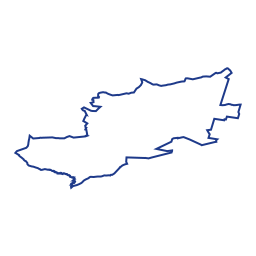 Jērcēnu pag., Strencu, Latvia (Natural Earth projection)
{"feature_id": "27541924B36272481510247", "entity_name": "Jērcēnu pag.", "entity_type": "district", "adm_level": 2, "iso_a3": "LVA", "parent_name": "Latvia", "parent_adm1": "Strencu", "projection": "natural_earth1", "projection_center": [25.654, 57.674], "detail": "fine", "context": "isolated", "style": "outline", "palette": "blue", "viewbox_px": 256, "rotation_deg": 0, "n_neighbors": 0, "source": "geoboundaries", "source_scale": "gbopen_adm2", "svg_char_len": 5207}
<svg xmlns="http://www.w3.org/2000/svg" viewBox="0 0 256 256"><path d="M141.1,79.1L142.2,82.1L142.2,82.6L141.5,83.9L140.9,85.1L139.0,87.0L137.8,87.8L136.5,88.6L133.9,92.5L131.3,92.7L128.7,93.7L126.5,93.3L119.6,94.9L118.3,95.1L117.9,94.9L112.7,95.4L111.3,95.0L108.3,93.9L107.1,93.3L105.8,92.5L105.2,92.6L103.1,92.2L100.8,92.6L99.2,93.0L98.8,93.3L98.3,93.8L98.2,94.2L98.1,96.3L98.6,96.6L99.0,97.0L98.8,97.6L97.8,97.7L93.8,97.8L93.3,97.9L93.1,98.1L92.8,98.4L92.5,98.9L92.2,99.7L93.4,100.1L93.5,102.2L90.7,102.9L93.1,106.1L95.1,106.2L100.4,106.8L98.1,108.9L95.9,111.1L92.5,111.0L91.3,110.8L91.1,110.8L84.0,107.4L81.8,108.8L82.5,109.8L83.3,110.5L84.7,110.9L86.6,114.7L86.4,114.6L84.1,119.1L83.7,120.2L83.3,121.0L87.3,123.4L85.2,125.8L85.5,126.8L85.6,127.6L86.3,127.8L85.4,129.5L86.3,129.7L87.3,135.1L86.7,135.4L87.3,135.7L85.4,136.4L73.6,137.6L69.5,136.1L66.9,137.0L64.4,138.3L59.6,138.3L58.1,138.1L55.8,138.1L52.4,137.4L43.2,137.7L41.2,137.8L40.1,137.7L39.4,138.0L33.2,138.5L29.7,135.7L29.2,138.9L28.9,139.9L28.4,143.1L28.3,144.3L27.8,146.1L26.3,147.8L17.2,151.0L16.8,151.2L15.4,152.9L19.0,155.0L18.9,155.4L19.8,156.3L21.7,157.7L23.7,159.4L23.8,159.8L24.2,160.2L24.9,160.8L25.8,161.1L27.3,162.9L27.4,164.1L27.9,164.7L28.7,165.5L31.6,166.4L33.5,166.7L35.7,167.5L37.8,168.1L38.9,168.8L39.9,169.1L40.5,169.8L41.7,169.9L44.9,169.1L48.2,169.8L48.7,169.6L49.5,169.9L49.8,169.7L49.9,169.8L50.0,169.9L50.2,170.0L50.7,169.9L51.3,170.3L51.7,170.5L51.9,170.7L52.0,170.8L52.2,171.0L52.5,171.0L52.9,171.0L53.2,171.1L53.3,170.9L53.7,170.8L53.9,170.9L53.9,171.2L54.1,171.2L54.2,171.4L54.3,171.4L54.3,171.6L54.5,171.6L54.6,171.8L54.8,171.7L55.1,171.8L54.9,171.9L55.0,172.1L55.3,172.0L55.8,172.4L56.0,172.3L56.2,172.5L56.5,172.5L56.8,172.5L57.0,172.8L57.3,172.9L57.3,173.0L57.4,173.3L57.6,173.2L58.0,173.2L58.0,173.4L58.5,173.3L58.4,173.2L58.5,173.1L58.4,173.1L58.7,173.1L58.8,173.1L59.0,173.4L59.2,173.2L59.5,173.3L59.7,173.2L59.7,173.3L59.9,173.3L60.0,173.4L59.8,173.4L59.8,173.5L60.1,173.6L60.3,173.4L60.5,173.4L60.7,173.2L61.1,173.1L61.4,173.0L61.7,173.5L61.8,173.5L61.7,173.8L61.9,173.9L62.1,173.9L62.7,174.1L62.8,174.1L62.9,173.9L63.2,173.5L63.5,173.3L63.9,173.2L64.1,173.3L64.6,173.6L64.9,173.6L65.2,174.0L65.4,174.1L65.9,174.0L66.1,174.1L66.3,174.0L66.6,174.0L66.8,174.0L67.0,174.1L67.0,174.3L67.3,174.3L67.5,174.5L67.4,174.6L67.2,174.6L67.5,174.8L67.6,175.0L67.8,175.1L68.1,175.1L68.6,175.2L69.1,175.1L69.4,175.3L69.4,175.6L70.1,175.8L70.2,176.0L70.1,176.6L69.9,176.6L70.0,176.8L70.8,177.0L71.7,177.3L72.0,177.2L72.1,177.3L72.3,177.2L72.5,177.2L72.9,177.4L73.4,177.4L73.7,177.2L74.0,177.4L73.8,177.6L74.2,177.6L74.1,177.8L73.6,177.9L74.0,178.2L74.1,178.3L73.8,178.3L73.7,178.4L73.7,178.5L74.0,178.7L73.9,178.9L73.9,179.0L74.4,179.0L74.6,179.2L74.5,179.3L74.1,179.3L73.5,179.9L73.7,180.2L73.4,180.4L73.5,180.4L74.7,181.3L75.0,181.4L75.0,181.5L74.7,181.6L74.4,181.5L74.4,181.4L74.2,181.5L74.1,182.0L73.9,182.2L73.9,182.3L74.0,182.5L74.5,182.5L74.2,182.9L73.7,182.7L73.1,182.5L72.8,182.5L72.7,182.5L72.6,182.8L72.8,183.1L72.6,183.3L72.0,183.4L71.7,183.6L71.3,183.6L71.2,183.7L71.1,183.9L71.1,184.0L71.4,184.2L71.3,184.4L71.2,184.5L71.7,184.5L71.8,184.5L71.6,184.7L71.7,185.0L71.9,185.4L71.7,185.6L71.4,185.6L71.4,186.0L71.6,186.2L71.1,186.5L71.2,186.8L71.1,187.3L71.2,187.7L72.4,186.6L73.3,186.0L76.8,185.1L79.0,184.2L81.2,183.1L82.2,182.3L83.6,180.8L84.1,180.4L85.6,179.5L88.5,178.2L89.6,177.2L90.8,176.8L91.8,176.9L93.9,177.0L94.4,176.9L97.9,176.5L100.0,176.5L100.8,176.5L101.9,176.3L104.0,175.5L104.6,175.4L105.6,175.5L106.6,175.5L108.7,175.3L109.4,175.3L110.2,175.5L110.4,175.2L110.9,174.8L111.8,174.8L112.0,174.9L113.4,174.1L114.4,173.4L119.6,167.9L119.6,167.7L120.1,167.1L120.3,167.2L120.9,166.7L122.2,165.6L123.4,165.0L125.1,164.3L127.1,163.8L126.2,161.8L126.5,157.4L144.8,158.0L145.1,157.9L145.5,158.0L148.1,158.3L148.5,158.4L151.7,157.5L171.5,152.5L171.5,152.3L171.4,152.3L171.6,152.1L171.9,151.5L172.0,151.3L172.1,150.9L172.1,150.4L169.5,150.8L167.2,151.1L158.8,149.4L156.4,148.9L171.4,141.7L172.2,139.1L173.5,138.3L177.7,137.8L177.8,138.3L182.2,137.3L183.6,137.1L189.7,139.5L193.4,141.2L201.0,144.7L201.7,145.2L214.5,142.1L216.3,141.8L216.1,141.0L216.2,140.2L217.2,139.3L208.5,137.9L209.7,134.2L209.2,133.6L207.2,130.2L211.0,129.7L214.3,118.8L224.2,120.3L224.5,119.3L225.9,119.5L226.9,116.6L237.9,118.2L239.2,114.0L238.4,112.0L240.6,104.6L239.5,104.6L236.0,105.1L233.7,105.2L233.3,105.1L232.8,104.9L231.5,104.8L230.6,104.3L228.5,104.0L228.1,104.1L226.4,104.5L225.4,104.9L224.1,105.1L222.3,105.2L220.4,105.0L228.7,79.1L225.7,77.5L231.6,72.9L230.2,70.5L227.7,68.3L226.7,68.4L226.4,68.6L226.1,68.9L225.1,69.3L223.1,70.9L222.4,71.3L222.1,71.6L220.8,72.6L217.4,73.3L217.2,73.3L216.7,73.0L216.2,72.8L215.7,72.9L210.2,76.7L206.2,76.4L202.8,76.6L201.2,77.4L199.7,77.7L192.8,79.3L187.4,78.3L187.0,78.3L185.8,78.4L185.5,78.8L185.0,80.2L184.6,81.0L184.5,81.3L184.2,81.4L182.3,81.5L181.9,81.5L181.6,81.6L180.9,81.7L176.7,82.6L174.3,83.4L170.1,84.4L167.9,84.6L165.9,85.2L162.8,85.6L161.2,85.9L160.8,85.8L159.2,85.4L157.8,84.8L157.4,84.6L156.5,84.4L155.1,84.5L153.7,84.6L153.3,84.6L153.0,84.5L151.9,84.0L150.8,83.3L148.8,82.3L147.8,81.9L145.3,80.3L142.4,79.4L141.1,79.1Z" fill="none" stroke="#1e3a8a" stroke-width="2"/></svg>